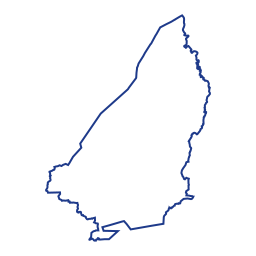 the district of Binga, Matabeleland North, Zimbabwe
{"feature_id": "62879985B54181646880786", "entity_name": "Binga", "entity_type": "district", "adm_level": 2, "iso_a3": "ZWE", "parent_name": "Zimbabwe", "parent_adm1": "Matabeleland North", "projection": "natural_earth1", "projection_center": [27.771, -17.692], "detail": "fine", "context": "isolated", "style": "outline", "palette": "blue", "viewbox_px": 256, "rotation_deg": 0, "n_neighbors": 0, "source": "geoboundaries", "source_scale": "gbopen_adm2", "svg_char_len": 5751}
<svg xmlns="http://www.w3.org/2000/svg" viewBox="0 0 256 256"><path d="M209.8,87.8L209.6,87.5L209.4,87.7L208.9,87.6L208.8,86.9L208.6,86.5L208.5,85.5L208.9,83.9L208.7,83.1L208.2,82.2L207.9,81.4L207.4,81.1L206.4,80.7L205.1,80.8L204.9,80.6L204.5,79.7L203.9,79.7L203.5,79.6L203.2,79.2L203.1,78.8L203.3,78.4L203.7,78.0L203.7,77.8L202.7,77.2L202.1,76.3L201.8,76.0L201.6,76.0L201.1,76.6L201.0,77.1L200.8,77.1L200.6,75.9L200.6,74.9L199.9,74.9L199.7,74.8L199.9,74.0L199.9,73.4L200.6,72.4L200.7,71.9L200.7,71.4L200.4,71.5L200.2,71.1L199.8,70.9L200.0,70.2L200.7,70.1L200.5,69.4L199.9,69.0L199.1,69.0L198.4,69.1L198.1,68.6L197.5,68.7L197.2,68.4L197.2,67.3L197.7,66.9L198.0,67.0L197.8,67.6L198.2,68.0L198.6,68.0L198.9,67.5L199.3,67.8L199.5,67.8L199.5,67.6L199.8,67.5L199.7,66.9L197.3,65.9L197.3,65.6L198.1,64.7L198.1,64.4L197.3,64.0L196.7,63.9L196.4,63.0L196.4,62.7L196.6,62.5L198.4,62.5L198.6,62.3L198.8,61.8L198.6,61.1L198.7,60.5L198.5,60.3L198.3,60.2L197.6,60.6L196.7,60.0L196.4,59.4L196.5,57.7L195.9,55.5L196.9,54.6L197.3,53.8L197.5,52.9L197.3,52.5L196.8,52.0L196.3,51.7L195.1,51.3L194.3,51.2L193.7,51.3L193.2,51.6L192.1,52.8L191.7,52.8L191.3,52.4L191.1,51.2L190.7,50.9L190.8,50.5L191.4,49.9L191.4,49.5L188.8,46.4L188.4,46.0L187.9,46.1L186.9,46.7L186.1,47.7L185.9,47.8L185.4,47.3L184.5,46.8L184.2,46.4L184.2,46.1L184.3,45.9L186.1,44.9L186.6,44.1L186.7,40.9L186.0,39.2L186.0,38.7L186.6,38.0L188.0,36.8L188.4,36.3L188.5,36.0L188.2,35.6L186.1,35.6L184.6,35.3L184.3,35.1L184.4,34.7L185.0,34.1L185.2,33.7L185.0,33.2L184.2,32.5L183.0,30.3L182.9,29.7L183.3,28.2L183.7,27.6L184.4,25.3L184.4,23.9L184.1,23.6L183.9,22.2L184.1,19.7L184.0,18.1L183.2,16.7L182.1,15.4L179.7,16.7L171.0,21.9L166.3,24.2L160.2,27.4L156.5,34.0L155.4,35.7L151.1,43.7L150.5,44.2L144.9,53.0L143.2,56.2L138.6,63.5L137.6,66.7L137.1,67.4L136.9,69.6L136.5,72.7L136.2,77.7L136.0,78.2L128.8,87.8L128.1,89.0L127.3,89.8L100.7,113.6L80.2,143.6L81.3,147.7L73.0,156.8L69.2,163.4L68.1,165.0L65.7,163.9L63.2,164.8L61.5,166.0L59.6,165.3L57.8,166.2L55.8,166.5L54.4,167.0L54.7,167.5L54.8,168.0L54.5,168.7L54.4,169.5L54.1,169.8L53.1,170.0L52.4,170.6L49.5,171.7L49.5,172.2L50.1,173.1L50.1,174.8L50.6,175.4L49.8,176.1L49.8,176.3L50.3,176.8L50.1,178.4L50.5,179.2L50.5,180.2L50.2,180.7L48.3,181.9L47.8,182.7L47.7,183.2L47.9,184.1L47.4,185.1L47.5,187.0L47.3,188.0L46.1,189.9L46.1,190.3L46.2,190.7L46.5,190.9L47.2,191.0L47.5,191.2L48.0,192.7L60.0,192.4L60.1,194.0L58.4,196.2L59.3,199.0L61.5,200.0L62.0,200.8L62.9,200.5L63.4,200.5L65.7,200.7L68.3,200.2L68.4,200.5L68.3,200.9L68.5,201.7L69.6,201.5L70.1,202.8L70.8,202.5L72.1,202.7L73.2,202.5L76.3,203.0L77.4,202.9L77.7,204.3L78.0,204.8L77.9,205.7L77.5,206.8L77.6,207.5L77.9,208.1L78.0,208.5L77.9,208.9L77.2,209.9L77.2,210.3L77.0,211.0L77.1,211.8L77.6,212.3L78.2,212.1L78.6,212.4L78.7,212.1L80.1,211.8L80.7,211.9L81.0,212.4L81.1,213.4L81.7,215.1L82.1,215.3L82.9,215.1L83.1,215.1L83.3,215.8L85.5,216.7L85.8,216.9L86.0,217.9L86.9,219.1L87.4,219.3L87.9,219.3L88.9,218.9L90.7,218.8L91.6,218.4L91.9,218.4L92.2,218.7L92.8,218.3L94.9,217.7L95.0,220.6L94.1,222.4L95.0,222.7L95.8,223.3L97.1,223.4L97.8,223.6L97.9,224.6L97.6,225.6L97.6,227.0L98.2,229.1L98.1,229.6L98.3,230.4L95.9,230.4L95.1,230.9L94.0,231.1L93.0,231.6L91.4,232.9L91.2,236.0L91.0,237.3L89.4,239.4L89.5,239.7L90.4,239.5L91.9,238.7L92.4,238.7L93.7,239.8L93.9,240.3L94.5,240.6L95.9,240.6L96.1,239.7L96.6,239.4L97.0,239.2L97.8,239.2L98.1,239.4L98.3,239.2L98.1,238.2L98.4,238.2L98.9,238.5L99.8,239.6L104.6,239.2L109.0,239.2L117.9,231.1L103.6,230.8L102.4,227.2L110.3,225.0L121.9,221.6L124.0,221.1L126.6,224.0L130.7,229.4L151.3,225.8L163.4,223.8L163.8,217.0L164.3,215.7L165.8,214.2L166.1,213.8L166.1,213.5L165.9,212.6L166.0,212.3L166.4,211.8L167.4,211.3L168.5,210.1L168.7,209.5L168.8,208.7L169.0,208.1L169.4,207.9L169.6,208.3L169.6,207.9L169.8,208.1L170.3,207.8L171.0,208.3L171.4,207.9L171.6,207.6L172.0,207.7L172.4,207.1L173.2,206.7L173.6,206.1L173.9,205.8L174.4,205.6L174.7,205.6L175.0,204.3L175.5,204.0L177.4,203.6L178.1,203.9L178.5,203.8L178.9,203.2L179.6,203.5L179.9,203.5L180.2,203.3L180.7,201.3L183.6,198.9L187.5,198.5L191.0,199.1L191.9,198.8L192.9,197.6L193.3,196.7L192.9,196.7L192.4,196.2L190.6,196.0L189.0,195.6L186.4,195.4L186.8,193.7L185.9,192.7L186.2,191.2L188.6,189.5L188.5,185.5L188.9,184.9L188.5,183.5L188.4,180.4L188.8,178.7L187.4,178.3L186.3,177.8L184.9,179.3L184.0,178.9L183.5,177.3L182.5,176.1L182.5,175.8L181.4,173.0L181.9,170.4L183.2,168.2L185.5,165.0L186.3,162.3L186.6,162.1L188.5,161.7L188.2,160.6L188.5,159.4L188.6,158.2L189.1,157.2L189.1,156.6L189.8,155.5L189.5,152.9L189.6,152.7L189.9,152.4L190.0,151.6L190.6,150.8L190.6,150.3L190.8,149.9L191.2,148.2L190.9,147.6L190.4,147.3L189.9,146.3L189.7,144.2L189.4,143.5L189.2,141.8L188.7,141.4L189.1,140.5L189.4,140.4L190.1,139.1L190.7,138.3L190.9,137.8L191.1,137.7L191.4,137.1L191.8,136.0L191.7,135.4L191.5,135.2L191.8,134.9L192.4,133.7L192.7,133.5L193.2,133.6L193.8,132.9L194.1,132.8L194.7,132.8L195.6,133.2L196.2,133.7L196.7,134.3L197.3,134.2L199.8,131.1L200.3,130.3L200.4,129.4L200.6,129.1L201.8,128.3L202.1,127.1L201.7,126.5L201.7,126.2L202.3,125.9L202.7,125.4L202.9,125.2L202.9,124.8L203.3,124.4L203.1,123.9L203.5,123.6L203.6,123.2L203.4,121.8L203.5,121.4L203.4,120.1L203.7,118.6L203.7,117.4L204.1,117.0L204.1,116.7L204.4,116.7L204.6,116.1L205.0,115.6L205.2,115.1L205.4,114.0L205.9,113.4L206.1,112.5L206.1,112.0L205.8,111.8L205.5,111.9L204.8,111.7L204.3,112.1L204.2,112.0L205.1,109.9L204.8,109.4L205.0,109.1L204.9,108.8L204.8,108.3L204.5,107.9L204.5,107.6L205.0,107.1L204.8,106.1L204.9,105.0L205.6,104.1L205.9,103.1L206.8,102.4L207.1,102.0L207.1,101.7L206.6,100.5L206.6,99.8L206.9,99.0L207.2,97.2L207.6,96.5L208.6,95.7L209.9,94.0L209.9,93.0L209.1,91.6L209.0,91.1L209.2,90.7L209.5,88.1L209.8,87.8Z" fill="none" stroke="#1e3a8a" stroke-width="2"/></svg>